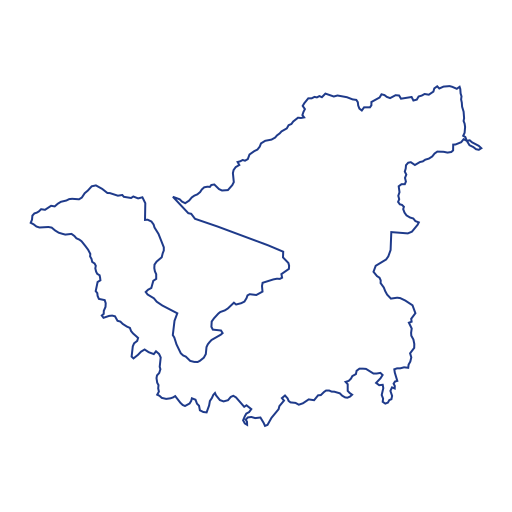 Resende, Rio de Janeiro, Brazil (Mercator projection)
{"feature_id": "56859067B32090698644023", "entity_name": "Resende", "entity_type": "district", "adm_level": 2, "iso_a3": "BRA", "parent_name": "Brazil", "parent_adm1": "Rio de Janeiro", "projection": "mercator", "projection_center": [-44.503, -22.442], "detail": "fine", "context": "isolated", "style": "outline", "palette": "blue", "viewbox_px": 512, "rotation_deg": 0, "n_neighbors": 0, "source": "geoboundaries", "source_scale": "gbopen_adm2", "svg_char_len": 6037}
<svg xmlns="http://www.w3.org/2000/svg" viewBox="0 0 512 512"><path d="M237.6,162.0L239.3,165.0L235.7,167.1L233.6,170.0L232.9,173.1L233.8,182.1L232.3,185.1L227.9,190.1L222.0,190.5L219.0,189.1L214.3,184.5L211.3,185.0L209.9,186.9L207.5,186.7L204.2,187.3L201.8,189.5L200.1,192.1L197.3,194.4L194.4,195.6L191.8,197.4L189.1,200.6L185.2,203.2L182.0,201.6L179.7,199.3L172.9,196.8L188.3,213.2L191.2,213.8L195.0,218.8L217.5,226.5L268.3,245.4L283.2,251.7L283.0,257.4L288.4,263.0L289.1,265.7L288.9,268.9L281.4,274.1L282.1,277.7L279.8,278.9L277.0,278.7L273.4,279.4L262.6,282.8L262.0,286.0L262.5,291.6L256.3,295.0L249.7,294.2L247.5,295.4L246.5,298.2L244.4,301.6L241.2,303.2L236.1,304.5L233.9,302.7L227.8,308.5L224.8,310.4L220.3,312.0L218.4,313.5L214.0,318.3L211.7,321.5L211.4,326.8L212.8,329.6L221.0,330.5L222.6,333.1L220.9,334.6L211.5,340.0L209.4,342.3L207.8,344.3L206.5,347.1L205.8,354.1L203.8,357.7L199.8,360.9L197.6,362.0L194.2,361.9L190.2,360.9L185.8,356.6L183.2,355.5L180.8,353.3L176.5,344.4L174.3,337.5L172.8,335.1L174.5,320.8L177.3,313.3L162.3,305.5L156.7,301.7L153.9,298.3L147.6,294.5L145.7,292.0L148.1,289.7L151.3,288.0L153.3,280.8L156.2,278.9L156.2,274.2L154.9,271.3L154.3,268.1L154.5,264.6L156.6,261.6L161.7,257.3L162.7,253.3L163.8,250.5L163.8,247.3L158.5,233.9L154.5,227.5L153.6,224.5L151.4,221.5L147.6,219.7L145.0,219.9L145.3,203.2L142.4,197.3L138.1,198.4L133.3,196.5L131.1,198.0L123.8,196.8L122.3,195.0L117.9,195.7L109.9,193.1L107.4,193.0L102.2,188.9L95.9,185.4L91.7,186.3L87.8,190.6L84.7,193.2L81.8,197.6L79.0,199.3L72.2,198.8L69.2,199.1L66.4,200.5L60.9,201.8L57.8,203.7L54.7,206.4L51.1,205.8L45.0,209.8L41.1,209.2L38.9,211.4L36.7,212.7L34.4,213.4L32.4,215.6L32.0,219.7L30.7,222.8L33.6,224.3L36.4,226.5L39.5,227.5L48.4,227.0L51.7,227.6L55.0,230.4L58.7,232.7L62.7,233.9L65.3,234.6L71.5,233.9L74.4,236.0L76.4,238.3L79.3,239.6L81.5,241.2L85.5,246.2L88.1,249.7L90.3,253.9L90.1,256.4L91.5,258.9L92.2,261.9L94.6,263.5L95.8,265.8L95.3,268.3L96.1,271.6L97.2,273.8L99.6,275.3L100.1,277.7L100.4,280.3L97.6,282.0L95.7,291.1L97.3,293.1L97.6,295.9L98.9,298.9L104.7,300.1L105.7,303.2L105.5,306.9L103.8,310.8L103.7,313.9L101.8,315.5L103.5,317.8L109.1,315.9L112.2,315.6L115.0,316.3L117.5,320.8L120.4,321.6L122.7,323.9L126.9,326.6L129.9,327.9L131.1,331.1L133.0,333.4L138.1,337.9L137.2,340.9L134.1,343.3L132.8,346.3L131.6,356.6L133.5,358.4L137.9,354.9L141.0,351.7L144.6,349.5L148.7,352.2L153.8,354.1L156.0,351.3L159.1,354.0L160.7,357.5L159.7,366.8L160.4,369.2L159.2,373.0L157.0,375.4L156.5,378.1L157.2,382.7L158.5,385.1L158.2,388.4L158.9,391.6L157.2,394.7L159.5,395.8L161.8,397.9L166.2,398.9L170.5,398.3L173.1,397.4L175.2,396.1L180.4,402.8L182.7,405.0L185.0,406.0L189.6,403.5L191.2,400.9L191.9,398.3L195.5,399.7L197.0,403.7L199.0,405.7L199.9,410.3L203.3,412.0L206.6,412.4L209.1,405.5L209.9,401.0L211.9,398.0L213.3,394.9L215.0,393.0L216.0,395.3L219.9,400.1L223.6,401.4L228.0,400.2L230.8,396.9L233.3,395.8L236.0,397.4L244.2,406.8L246.5,405.3L251.3,409.1L249.1,412.1L246.3,413.6L244.8,416.3L243.1,420.3L244.8,423.4L247.1,424.8L247.0,421.8L245.7,419.6L247.9,417.4L251.4,417.0L255.2,418.1L260.4,417.5L263.6,422.8L265.0,425.9L267.5,424.9L271.5,417.8L278.6,409.2L279.4,406.1L284.0,400.6L281.9,398.1L285.0,395.5L287.6,398.4L288.6,400.9L290.5,402.4L295.5,402.9L298.8,404.7L302.9,403.3L308.7,399.4L314.1,400.2L318.1,395.3L320.8,395.1L324.1,391.9L326.1,390.5L329.1,390.5L331.6,391.6L334.3,391.7L339.8,393.3L342.2,395.7L345.1,397.4L347.4,397.7L350.0,396.6L352.1,394.7L349.7,393.0L347.7,390.9L347.7,384.2L345.6,381.9L348.7,380.9L351.0,378.6L352.3,376.1L355.9,374.1L356.6,370.8L359.4,368.7L363.4,368.7L366.0,368.9L373.4,373.5L376.8,373.5L380.4,372.9L382.6,375.0L380.5,378.3L376.1,382.9L379.2,385.2L382.7,384.8L383.3,388.1L381.7,395.0L383.1,398.6L382.7,401.8L385.3,403.6L387.9,402.6L389.3,400.1L391.4,399.2L392.1,395.9L390.4,390.9L392.0,387.4L394.7,388.5L394.8,385.9L393.6,383.7L395.0,381.5L397.3,380.9L394.8,372.6L394.3,369.3L397.2,368.3L400.3,368.3L404.1,367.3L408.2,367.8L408.6,364.6L410.3,361.6L411.3,357.4L410.1,353.3L414.2,347.9L414.3,344.0L413.4,339.5L411.3,335.7L411.1,332.8L411.7,328.5L408.9,322.7L411.6,321.7L411.2,318.8L415.4,313.2L412.5,305.3L405.2,300.5L400.2,298.1L397.2,297.7L390.9,298.6L387.1,294.6L385.2,291.1L383.8,287.5L380.6,283.1L380.7,280.4L379.5,277.7L377.0,276.1L373.5,271.8L375.7,265.8L386.1,259.5L388.3,256.4L390.6,250.0L391.3,232.1L407.8,233.4L411.9,231.7L417.6,224.8L418.8,222.4L415.4,221.1L413.3,218.5L410.0,217.5L406.5,215.4L404.5,212.6L403.2,209.1L403.9,206.8L402.0,204.9L399.8,204.3L398.1,201.9L399.2,199.2L398.3,195.8L399.5,192.2L398.7,186.3L401.5,184.2L404.8,184.2L405.9,181.6L405.0,177.9L406.3,174.6L404.8,171.6L405.7,168.6L406.0,165.2L408.2,162.7L410.8,162.2L414.9,165.0L420.0,162.0L422.8,161.4L425.2,159.7L428.9,158.6L432.2,156.5L434.6,153.5L437.3,151.6L443.7,151.8L447.5,152.6L451.3,152.0L453.1,150.4L453.2,144.6L455.5,144.5L461.2,142.2L463.6,139.2L466.8,140.8L465.3,137.0L463.2,135.8L464.6,132.8L465.1,127.0L464.6,123.6L463.6,121.0L464.1,118.2L463.6,111.7L462.1,106.7L461.8,102.6L461.1,99.4L461.5,96.4L460.6,93.4L460.3,89.1L459.6,86.8L456.8,88.8L452.2,86.8L449.6,86.1L443.5,86.6L439.3,88.5L437.2,86.3L434.3,88.4L433.4,91.6L428.8,94.7L424.6,94.0L421.7,95.6L418.6,96.5L416.8,99.6L413.4,100.5L411.6,97.0L401.0,98.7L399.1,95.5L395.6,95.2L390.1,98.1L386.8,96.9L384.5,95.1L381.5,94.3L379.6,97.5L371.4,102.0L371.4,105.3L370.0,107.3L364.1,107.3L361.8,110.5L359.4,108.6L358.2,105.5L357.8,102.2L356.3,99.9L352.6,99.4L346.9,97.2L337.5,95.5L333.8,96.5L325.4,93.6L321.9,97.2L319.4,96.1L316.9,97.4L314.5,96.9L311.7,98.3L308.3,98.3L304.3,103.2L302.7,105.9L304.9,109.1L303.5,111.8L302.4,115.1L304.1,117.4L300.9,118.0L298.0,117.7L293.2,121.5L291.4,124.0L288.6,125.2L286.8,128.4L281.5,131.4L279.7,133.4L277.0,135.4L275.1,137.6L271.5,139.6L265.2,140.8L261.0,143.4L259.7,146.7L257.4,149.6L254.3,151.1L249.5,154.5L247.8,159.1L245.0,160.7L242.7,160.0L240.2,161.3L237.6,162.0ZM466.8,140.8L469.5,145.2L473.4,147.1L476.0,149.2L478.8,149.8L481.3,148.2L478.7,145.8L472.0,142.3L469.7,140.3L466.8,140.8Z" fill="none" stroke="#1e3a8a" stroke-width="2"/></svg>